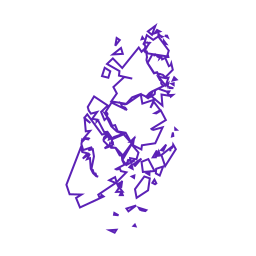 outline of Kepulauan Aru, Maluku, Indonesia, rotated 10°
{"feature_id": "22746128B17511076551422", "entity_name": "Kepulauan Aru", "entity_type": "district", "adm_level": 2, "iso_a3": "IDN", "parent_name": "Indonesia", "parent_adm1": "Maluku", "projection": "mercator", "projection_center": [134.564, -6.213], "detail": "fine", "context": "isolated", "style": "outline", "palette": "violet", "viewbox_px": 256, "rotation_deg": 10, "n_neighbors": 0, "source": "geoboundaries", "source_scale": "gbopen_adm2", "svg_char_len": 5982}
<svg xmlns="http://www.w3.org/2000/svg" viewBox="0 0 256 256"><g transform="rotate(10 128 128)"><path d="M85.5,121.6L83.3,125.6L90.1,129.6L83.7,126.4L87.0,138.6L91.2,137.4L85.1,147.8L85.9,147.9L87.1,146.3L88.1,145.6L88.9,145.2L89.8,145.2L90.2,145.6L90.4,146.0L90.6,146.0L90.5,145.7L90.6,145.4L90.8,145.1L91.0,145.0L91.3,145.1L90.6,146.1L87.5,146.1L85.6,149.0L84.9,148.2L84.9,152.0L87.7,157.5L95.9,153.1L92.9,156.8L97.0,155.0L99.4,161.9L99.1,175.1L100.6,175.4L102.1,178.4L104.0,178.5L105.1,180.7L107.1,181.1L105.1,181.0L101.4,178.5L98.4,174.5L95.8,164.3L93.1,165.8L94.9,160.1L88.8,165.9L92.6,160.0L87.2,159.6L84.9,155.5L77.2,194.6L82.0,203.4L93.8,201.6L89.0,205.9L94.5,214.6L115.9,199.7L113.6,198.5L113.1,200.9L112.7,201.3L112.1,201.6L110.3,198.8L125.4,184.3L118.6,182.7L123.8,178.6L126.2,183.4L134.1,171.9L128.5,171.7L127.1,169.6L125.1,170.5L123.7,170.8L123.2,170.6L130.9,164.7L128.0,160.8L126.7,156.3L124.6,156.4L119.1,149.7L114.8,150.4L112.9,147.4L112.8,149.6L108.5,152.1L111.4,148.6L106.5,145.2L105.9,143.8L106.1,141.5L107.9,138.5L107.1,137.3L103.6,139.0L85.5,121.6ZM137.9,101.5L134.7,92.6L122.5,104.6L120.7,105.3L119.5,105.3L116.4,104.6L118.5,108.0L118.9,108.2L120.3,108.2L121.4,108.5L121.8,108.7L122.0,109.3L122.2,109.0L123.8,110.5L107.4,105.8L103.3,115.7L105.2,117.4L105.3,118.7L104.7,119.7L108.2,122.8L112.1,128.6L114.8,127.4L118.5,133.1L126.5,133.1L132.9,140.9L135.7,137.0L135.8,144.0L144.9,146.8L144.7,142.6L157.5,138.3L162.0,121.3L153.4,125.4L152.1,125.3L151.4,125.0L151.2,124.8L163.9,113.6L157.3,105.1L153.3,108.7L151.9,108.7L156.7,104.9L148.8,97.7L146.6,104.3L148.8,95.6L137.9,101.5ZM123.6,78.6L115.5,78.4L106.5,90.2L111.0,95.9L106.9,104.7L122.1,104.5L126.7,97.1L134.5,92.4L140.5,94.0L143.1,89.9L145.2,87.9L155.6,80.5L153.7,79.2L152.9,78.2L152.7,76.6L152.8,75.7L151.2,75.3L148.7,72.2L149.4,69.5L148.0,69.9L146.7,68.3L144.1,69.7L135.9,60.7L134.4,57.9L134.3,55.5L134.5,55.2L133.5,52.3L133.7,50.6L133.0,49.6L132.0,50.5L130.9,49.4L130.9,46.6L128.1,50.6L124.6,46.9L111.9,69.9L101.0,62.1L96.2,68.6L109.7,73.4L110.0,78.0L123.6,78.6ZM89.1,102.8L84.7,114.3L86.3,117.6L89.0,120.3L94.8,117.6L91.1,125.2L96.7,125.1L105.3,136.2L108.4,135.3L114.2,141.0L115.9,139.2L124.3,134.6L117.7,133.4L111.2,129.2L105.5,121.5L103.4,124.2L98.7,116.8L104.2,109.4L89.1,102.8ZM139.2,51.3L136.0,60.6L144.2,69.3L146.9,68.0L148.2,69.7L148.6,69.2L153.1,69.6L156.0,71.6L162.0,62.9L159.4,56.8L159.1,58.8L157.5,60.0L152.5,52.5L149.7,54.5L148.4,51.9L147.0,53.9L147.1,52.8L144.8,52.7L143.1,51.1L141.6,51.8L141.4,51.0L140.8,51.5L139.2,51.3ZM133.9,41.6L132.8,44.1L131.1,49.2L133.2,49.4L134.1,51.1L154.0,50.7L154.7,44.7L141.9,32.6L137.5,36.8L130.4,33.3L129.4,41.2L132.3,40.4L133.9,41.5L134.3,40.3L134.7,40.3L133.9,41.6ZM124.8,135.0L114.4,141.8L114.3,143.6L114.5,143.6L114.8,143.9L115.6,144.8L115.8,145.5L115.9,146.2L115.7,146.9L115.2,147.8L115.1,148.4L114.7,148.9L114.8,149.7L119.4,149.7L127.7,155.9L134.3,142.7L124.8,135.0ZM158.2,173.8L152.5,172.9L145.5,187.0L148.6,195.3L158.6,185.9L158.2,173.8ZM142.6,150.4L134.3,143.5L128.1,160.5L132.0,163.9L133.6,161.5L133.4,160.6L133.5,159.9L133.7,159.6L134.1,159.4L136.1,160.0L135.3,157.3L141.8,157.4L142.6,150.4ZM175.3,137.9L165.6,148.8L171.2,159.1L178.8,140.6L175.4,136.5L175.5,138.2L174.6,140.2L173.4,141.1L173.7,143.6L173.2,140.9L175.3,137.9ZM160.1,85.5L150.8,84.0L147.7,86.7L148.2,87.3L148.4,89.9L145.7,92.8L158.0,99.9L155.2,89.2L162.7,89.1L160.1,85.5ZM161.6,165.8L153.4,155.1L147.2,159.0L150.3,168.7L161.6,165.8ZM156.7,72.4L149.0,72.2L157.8,79.7L159.1,71.5L156.7,72.4ZM94.6,72.7L93.4,81.4L99.9,81.9L100.7,75.2L94.6,72.7ZM135.4,32.1L137.2,22.6L130.8,29.4L135.4,32.1ZM110.0,55.9L107.2,50.4L100.3,58.2L110.0,55.9ZM169.3,159.8L162.8,163.3L163.3,167.9L167.5,169.3L169.3,159.8ZM140.3,158.8L136.8,160.3L133.8,159.6L133.7,161.6L132.1,165.3L140.3,158.8ZM141.6,164.0L146.5,155.8L139.8,162.7L140.0,162.8L140.5,163.2L140.9,163.9L141.6,164.0ZM145.2,91.3L145.7,87.8L140.8,94.4L142.6,95.2L145.2,91.3ZM101.2,49.2L104.6,42.8L101.2,41.3L101.2,49.2ZM133.8,191.7L129.7,188.1L127.5,193.0L133.8,191.7ZM166.7,144.2L168.5,137.7L164.5,144.0L166.7,144.2ZM157.5,152.6L160.5,152.0L160.3,145.1L157.5,152.6ZM134.3,230.2L127.5,231.9L133.0,233.4L134.3,230.2ZM142.9,210.0L149.5,202.9L140.5,207.6L142.9,210.0ZM106.1,143.6L108.9,139.8L108.1,139.0L106.1,143.6ZM139.6,167.4L138.0,163.5L136.2,166.4L139.6,167.4ZM131.6,187.1L131.4,181.1L129.3,186.3L131.6,187.1ZM163.0,174.2L161.5,177.8L164.4,178.7L165.5,177.6L163.0,174.2ZM134.5,195.0L132.7,192.0L131.7,195.5L134.5,195.0ZM142.7,27.4L139.6,26.4L137.8,30.1L142.7,27.4ZM161.8,150.3L164.4,149.5L162.4,145.9L161.8,150.3ZM167.4,71.9L164.7,70.1L163.8,73.5L167.4,71.9ZM133.8,215.6L129.3,214.0L129.3,215.9L133.8,215.6ZM127.8,37.4L126.4,36.0L126.0,38.2L127.8,37.4ZM110.4,138.7L107.1,136.1L110.7,141.1L110.4,138.7ZM160.3,205.7L152.5,204.7L153.9,206.3L155.9,206.8L159.5,206.8L160.3,205.7ZM157.2,170.4L156.8,167.3L154.3,169.3L157.2,170.4ZM140.2,175.1L142.6,176.1L142.5,173.7L140.2,175.1ZM165.8,80.9L161.8,80.6L162.0,81.4L165.8,80.9ZM174.0,128.0L173.0,124.6L172.8,128.6L174.0,128.0ZM143.8,31.7L141.7,29.8L141.7,31.1L143.8,31.7ZM105.2,118.3L102.5,117.5L104.6,119.7L105.2,118.3ZM148.9,38.4L151.0,38.5L148.3,36.0L148.9,38.4ZM111.2,142.6L113.4,141.2L111.5,140.1L111.2,142.6ZM114.0,145.7L115.8,146.2L114.4,143.7L114.0,145.7ZM128.3,186.9L129.6,183.5L127.2,185.3L128.3,186.9ZM143.6,94.4L145.4,92.6L145.5,91.4L143.6,94.4ZM166.5,87.6L163.9,88.2L164.7,89.7L166.5,87.6ZM133.0,141.0L135.0,140.5L135.6,138.4L133.0,141.0ZM150.5,223.5L152.5,223.5L151.5,222.0L150.5,223.5ZM150.4,30.3L148.3,30.6L151.3,31.7L150.4,30.3ZM155.4,51.1L154.4,48.7L153.9,51.4L155.4,51.1ZM176.2,121.3L174.6,120.3L174.9,121.6L176.2,121.3ZM130.2,43.5L129.1,41.3L128.7,42.5L130.2,43.5ZM159.8,79.5L159.9,77.0L159.0,78.1L159.8,79.5ZM165.2,76.0L163.3,76.8L165.5,77.7L165.2,76.0ZM132.1,44.9L130.1,45.5L131.3,45.7L132.1,44.9ZM162.3,84.8L160.2,85.2L161.8,86.3L162.3,84.8ZM95.9,127.2L96.8,125.8L95.8,125.9L95.9,127.2ZM145.9,32.1L144.3,31.7L145.2,32.6L145.9,32.1Z" fill="none" stroke="#5b21b6" stroke-width="2"/></g></svg>